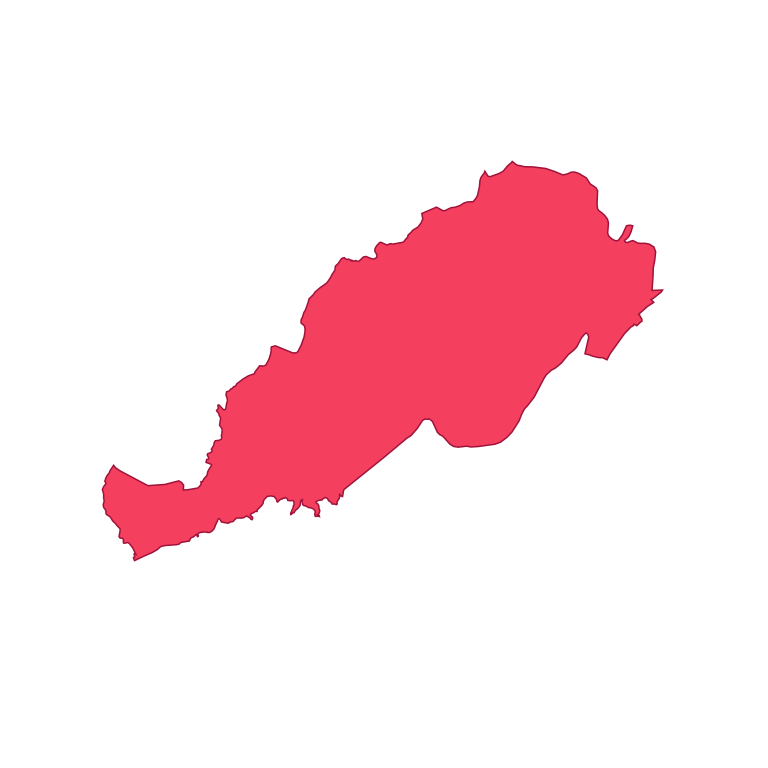 Baile Herculane, Caras-Severin, Romania (Albers equal-area conic projection), rotated 212°
{"feature_id": "2599482B76774341373778", "entity_name": "Baile Herculane", "entity_type": "district", "adm_level": 2, "iso_a3": "ROU", "parent_name": "Romania", "parent_adm1": "Caras-Severin", "projection": "albers", "projection_center": [22.46, 44.902], "detail": "fine", "context": "isolated", "style": "filled", "palette": "rose", "viewbox_px": 768, "rotation_deg": 212, "n_neighbors": 0, "source": "geoboundaries", "source_scale": "gbopen_adm2", "svg_char_len": 6171}
<svg xmlns="http://www.w3.org/2000/svg" viewBox="0 0 768 768"><g transform="rotate(212 384 384)"><path d="M393.2,640.7L393.3,638.9L394.3,636.3L394.9,633.7L395.7,627.6L397.9,623.6L400.4,620.4L403.9,616.0L405.8,615.3L411.2,617.9L410.8,616.1L411.1,613.4L411.2,610.1L410.3,607.1L407.5,601.6L404.8,593.9L404.4,591.0L404.9,586.0L409.8,582.5L411.4,580.7L412.6,579.0L413.9,575.9L417.6,571.4L420.5,569.1L424.3,563.2L425.8,562.2L433.2,561.8L442.3,548.7L438.6,544.5L437.9,540.3L438.4,535.1L441.1,529.6L441.5,526.6L442.3,523.9L442.5,522.9L441.7,521.2L442.4,517.9L442.6,515.3L443.1,514.2L450.9,507.1L452.1,506.9L453.8,505.5L454.3,504.5L455.2,503.4L461.5,502.6L462.8,501.6L462.7,500.9L463.3,498.6L463.5,496.2L463.3,494.0L462.3,491.9L458.5,489.8L457.3,487.9L457.8,486.2L459.2,484.2L463.2,483.2L466.7,482.7L468.8,480.8L470.2,475.1L471.3,474.1L473.6,473.6L474.4,472.5L476.3,471.4L476.4,471.9L476.9,472.0L477.7,471.1L478.2,471.4L480.4,471.1L481.4,469.9L483.3,469.8L484.5,470.2L485.6,469.2L486.5,467.6L486.7,461.9L487.7,458.2L486.0,454.8L486.1,449.0L485.8,446.6L485.9,441.5L486.2,439.0L489.1,432.2L491.2,425.5L491.3,422.3L492.7,416.4L491.6,413.1L489.9,405.5L489.8,402.1L488.6,397.6L488.4,395.0L487.7,393.3L486.5,391.7L482.4,391.2L480.0,388.7L478.7,386.4L476.8,381.8L474.8,372.9L474.2,365.5L475.2,363.7L477.9,362.0L496.4,358.8L499.1,355.9L498.7,354.4L497.5,352.9L496.1,349.3L494.7,344.0L494.2,337.4L495.7,335.3L499.1,333.6L499.8,326.0L499.4,324.0L503.3,319.1L505.9,314.2L508.9,306.5L508.9,303.3L510.0,302.2L510.5,299.8L511.3,298.5L511.7,296.0L513.4,293.9L512.1,290.8L509.6,288.9L507.8,286.6L507.1,283.8L505.4,280.0L505.2,278.6L505.5,277.7L506.0,277.3L507.3,277.3L512.6,278.8L513.6,278.3L513.5,277.7L511.7,275.7L511.6,274.9L512.0,272.8L511.3,272.3L509.0,271.8L507.0,269.9L504.9,268.9L504.2,267.8L501.6,261.9L497.9,260.2L496.9,259.3L495.2,256.0L494.6,254.0L493.7,253.3L492.8,251.5L492.7,250.8L494.1,248.8L497.0,246.5L496.9,244.2L495.9,242.0L495.8,237.1L494.2,236.2L494.2,235.4L494.7,234.0L496.6,231.4L496.4,230.4L495.8,229.7L494.0,228.9L493.1,227.7L493.3,227.0L494.4,226.0L493.4,223.2L487.7,224.4L487.2,223.7L487.2,218.2L486.9,215.8L486.1,213.9L485.7,212.3L486.4,208.8L486.3,204.5L487.4,204.1L485.9,201.8L486.6,197.3L495.0,189.8L498.1,187.9L500.3,192.0L503.4,193.2L506.7,193.1L516.6,182.7L530.3,172.7L561.5,170.5L567.2,170.7L570.2,171.8L570.4,165.1L569.9,162.9L570.3,159.8L570.2,157.9L569.9,155.8L569.4,155.0L569.3,153.6L568.1,153.1L567.0,151.9L567.4,148.7L566.9,145.2L564.4,143.1L563.0,141.4L561.3,138.7L559.2,136.4L558.3,133.1L557.7,132.2L556.3,130.8L552.8,129.3L551.0,126.7L550.4,126.3L545.7,126.2L541.5,124.1L537.9,123.4L535.2,122.4L531.3,121.4L530.4,120.5L527.8,114.1L526.2,113.5L524.3,114.4L523.3,114.4L522.5,114.0L521.4,111.9L520.5,111.1L519.8,111.4L517.1,113.9L515.3,113.7L510.3,111.9L504.4,108.2L505.4,108.2L505.9,107.4L503.8,105.4L504.5,103.9L502.0,102.0L496.3,110.9L491.1,118.5L488.4,123.6L487.4,127.4L486.2,129.0L483.5,131.4L474.9,137.7L473.0,139.5L472.6,141.3L471.7,142.5L465.8,147.8L466.3,149.9L466.1,151.3L464.4,153.7L463.6,156.9L462.6,156.6L461.3,155.7L460.8,156.3L461.0,157.0L462.3,157.9L462.4,159.1L461.0,160.8L457.5,163.7L455.1,164.5L453.4,165.5L452.0,167.8L451.4,170.8L451.7,173.4L452.3,175.2L452.1,175.7L452.4,176.5L452.6,179.5L453.2,181.2L453.1,182.1L452.2,182.3L450.5,181.9L448.7,180.8L442.7,183.2L441.9,183.8L441.9,184.4L440.9,185.8L439.1,187.4L438.7,190.0L437.8,192.4L433.8,194.8L432.1,196.3L430.7,199.2L426.6,199.4L425.6,198.9L424.1,198.9L424.0,200.2L425.1,201.5L427.8,201.9L428.1,202.5L427.8,203.7L426.3,206.0L425.7,207.6L424.1,208.7L424.8,209.8L423.3,216.5L423.3,218.8L424.2,220.4L424.3,222.8L424.0,224.6L423.5,225.8L423.6,226.7L420.7,229.1L417.1,230.5L416.0,229.7L414.0,229.2L412.6,227.6L411.9,227.4L411.5,227.7L411.4,229.3L411.0,229.7L410.8,231.3L409.3,232.6L409.2,233.7L408.1,234.3L407.4,235.5L405.2,235.4L403.9,234.3L401.4,235.4L400.1,236.7L398.6,236.7L397.2,235.5L396.2,233.4L396.3,232.5L395.7,231.5L394.6,224.7L393.9,223.9L393.4,224.5L393.1,226.5L392.0,227.2L392.2,228.2L392.0,230.3L391.9,231.2L391.5,231.5L391.0,234.1L390.9,236.7L391.1,237.5L392.4,239.6L392.5,240.6L392.6,241.5L391.9,242.6L391.2,240.8L388.9,238.6L387.3,238.4L386.1,239.1L382.1,239.3L381.6,239.9L377.7,240.7L375.4,239.9L374.3,239.0L374.1,237.8L373.7,236.8L372.1,235.3L370.1,236.9L368.7,237.3L369.2,237.6L369.2,238.1L371.1,238.0L370.5,239.2L370.6,240.2L370.8,241.3L371.6,242.9L373.1,243.9L374.7,246.1L376.4,247.2L379.0,247.4L379.2,248.5L377.4,251.1L375.2,252.6L374.9,254.2L373.6,256.7L371.7,256.9L369.9,256.3L369.3,255.6L367.8,255.7L365.2,255.3L364.3,254.7L362.8,255.8L360.5,256.4L360.1,257.0L360.3,257.8L361.2,258.4L361.4,260.5L361.3,263.0L362.0,265.3L362.9,266.2L363.0,267.0L361.0,266.3L359.5,266.6L362.1,273.0L345.1,321.9L335.7,350.7L333.7,354.7L332.2,364.2L332.0,373.4L330.9,375.7L326.6,378.4L323.1,377.9L313.1,371.3L310.1,370.6L306.5,370.9L296.2,367.9L292.0,367.9L287.7,369.7L280.9,375.1L277.0,376.6L270.7,381.1L257.9,391.8L254.4,396.3L251.5,403.8L250.0,411.2L249.9,424.2L251.2,431.1L251.7,437.1L250.8,441.7L249.7,452.4L251.3,473.5L251.2,478.0L249.5,484.2L247.1,488.4L244.7,495.6L243.3,506.4L240.9,513.8L240.2,517.7L241.0,527.8L240.3,532.6L239.6,534.4L237.6,534.2L235.2,532.2L229.6,516.1L225.0,517.6L221.9,518.1L215.9,520.2L212.6,522.1L207.7,522.7L208.3,529.3L206.7,554.4L205.0,562.2L204.7,563.4L203.5,565.5L203.7,567.2L200.5,567.4L199.2,572.6L198.5,573.9L199.6,575.5L200.4,576.1L201.8,576.6L203.6,577.8L205.0,578.0L201.7,589.3L198.5,596.2L202.2,597.1L200.9,599.6L197.6,609.1L197.6,611.3L206.3,605.4L213.1,618.2L217.1,625.0L219.9,632.3L223.7,640.1L227.7,643.2L233.2,643.2L237.3,641.6L240.3,639.6L243.5,638.0L248.8,637.6L250.8,635.5L252.4,633.1L254.5,632.2L256.1,633.2L255.0,636.1L254.5,639.1L255.2,644.3L256.9,650.0L258.9,649.3L260.7,648.2L262.2,646.6L260.9,637.0L261.3,630.5L261.5,630.0L262.7,628.7L264.2,628.0L267.3,627.8L270.4,628.2L272.2,628.8L274.3,630.5L278.9,639.4L281.8,642.2L286.1,643.9L290.0,644.6L293.9,644.9L295.9,645.9L299.0,650.0L305.2,661.0L308.1,662.7L315.3,663.0L321.6,666.0L330.5,665.8L334.7,664.7L337.3,663.1L339.8,659.3L343.1,656.1L352.1,654.6L361.0,652.5L372.8,647.0L379.7,642.9L387.5,640.0L393.2,640.7Z" fill="#f43f5e" stroke="#9f1239" stroke-width="1.5"/></g></svg>